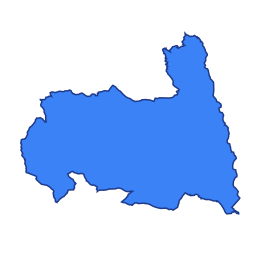 outline of Bala, Mehedinti, Romania, rotated 357°
{"feature_id": "2599482B80855070454238", "entity_name": "Bala", "entity_type": "district", "adm_level": 2, "iso_a3": "ROU", "parent_name": "Romania", "parent_adm1": "Mehedinti", "projection": "albers", "projection_center": [22.826, 44.908], "detail": "fine", "context": "isolated", "style": "filled", "palette": "blue", "viewbox_px": 256, "rotation_deg": 357, "n_neighbors": 0, "source": "geoboundaries", "source_scale": "gbopen_adm2", "svg_char_len": 5786}
<svg xmlns="http://www.w3.org/2000/svg" viewBox="0 0 256 256"><g transform="rotate(357 128 128)"><path d="M230.6,174.2L230.5,171.2L231.3,168.2L232.1,166.5L234.5,164.1L234.5,163.4L233.7,161.4L232.8,160.9L232.1,157.7L230.1,157.4L230.3,156.7L229.6,155.6L229.3,152.4L228.6,149.1L227.3,148.8L226.4,147.5L226.4,145.3L227.6,143.4L228.0,142.0L228.0,140.5L228.6,139.6L228.6,138.1L227.7,135.0L228.2,133.3L226.3,130.7L224.6,130.1L225.1,129.5L225.2,128.5L224.7,127.6L224.1,127.4L223.2,125.1L223.4,122.3L224.1,120.7L224.0,119.8L222.9,117.6L220.8,117.1L219.9,114.3L219.9,112.9L222.0,112.0L222.2,110.2L222.0,109.1L219.8,107.0L218.0,106.3L217.5,104.1L214.7,100.4L215.6,95.1L215.8,87.6L215.5,86.2L214.7,85.5L214.1,84.4L213.2,83.7L212.7,82.9L212.7,81.5L211.9,79.9L211.0,74.1L210.3,73.0L209.5,72.9L208.0,71.7L207.6,71.1L208.6,69.6L207.6,67.3L207.6,66.9L208.9,65.4L209.2,64.0L209.1,62.5L209.3,61.8L211.0,59.4L210.8,57.7L209.6,56.3L209.1,53.6L208.4,52.3L208.2,51.2L206.9,49.6L206.8,48.9L207.2,47.8L207.1,47.4L206.1,45.6L204.9,45.6L205.1,44.4L203.4,41.8L203.0,41.6L202.6,42.1L202.2,41.8L202.5,41.3L202.1,40.9L201.8,41.3L201.6,40.4L200.5,40.3L199.4,39.1L197.5,39.8L196.2,39.9L195.7,39.6L194.9,39.9L193.4,39.1L192.9,38.5L191.5,38.2L190.0,36.5L190.1,37.5L189.9,39.1L189.3,39.8L188.4,40.4L189.0,42.3L188.4,42.5L188.0,43.6L186.9,44.2L186.5,45.0L187.9,46.8L187.2,47.3L188.7,48.5L187.9,48.5L187.6,49.2L186.2,49.1L183.1,50.7L181.8,50.8L181.2,50.2L182.1,49.8L182.1,49.2L181.5,48.5L180.3,48.3L178.6,49.0L176.8,49.2L175.6,50.8L173.7,52.5L174.2,54.2L170.2,51.5L170.2,50.7L169.3,51.4L169.1,51.1L169.4,50.7L169.3,50.3L168.5,50.3L167.1,51.0L166.7,51.5L167.0,53.0L167.6,53.6L167.8,54.7L167.5,55.0L167.6,55.5L168.8,55.9L169.5,58.5L169.0,59.5L170.0,60.4L169.1,60.6L169.6,61.7L169.0,62.1L169.6,62.4L168.8,63.4L169.1,63.8L171.0,64.3L170.6,65.2L170.7,66.1L169.4,65.9L169.0,66.3L169.8,67.2L169.7,67.7L170.9,68.7L170.0,69.4L170.2,69.9L169.9,70.8L170.3,71.3L169.5,71.5L169.2,73.4L170.3,74.7L170.7,76.2L172.7,78.5L175.3,82.6L175.5,84.0L175.2,86.8L175.5,87.5L177.3,89.4L178.2,89.8L180.9,92.2L180.7,93.5L178.9,93.7L178.4,94.1L178.8,94.5L178.8,95.0L179.6,95.5L179.2,96.2L179.0,97.3L176.2,97.8L175.0,99.3L173.0,100.1L170.3,100.2L160.9,99.5L158.9,100.2L156.8,99.6L155.3,102.8L151.4,101.2L146.8,100.5L143.1,100.6L142.8,101.1L140.6,101.7L136.7,101.9L134.1,100.7L131.2,98.5L129.9,98.2L127.8,96.9L125.2,94.5L122.3,90.9L120.9,90.1L118.5,87.5L117.6,86.2L115.1,84.6L113.6,86.0L110.4,90.1L106.8,89.6L105.2,89.8L104.4,90.3L100.3,90.7L100.4,91.4L100.0,91.9L99.3,91.9L99.5,93.1L99.1,94.1L98.5,93.8L97.3,94.0L96.8,92.7L94.3,92.2L93.3,92.7L91.7,94.4L89.2,94.2L88.2,94.0L84.1,90.8L82.2,91.0L80.6,91.9L76.9,91.9L75.9,91.0L74.5,90.7L74.1,89.7L73.3,89.0L73.2,88.0L71.7,87.0L70.0,87.7L66.8,87.7L66.2,88.2L65.0,88.3L61.5,87.7L57.4,88.8L53.8,88.0L52.1,88.7L52.3,90.2L53.2,92.4L52.3,92.0L50.0,92.4L49.6,93.0L47.7,93.0L47.1,94.7L46.5,95.2L42.7,95.2L41.4,94.7L43.3,96.5L43.1,98.1L42.1,99.9L42.2,101.1L42.5,102.0L43.5,102.7L45.2,105.5L45.1,107.9L46.5,111.2L46.3,113.1L46.5,113.8L46.2,114.6L46.7,117.6L45.4,117.6L45.5,117.1L43.9,115.8L43.4,114.7L40.9,113.1L39.0,113.5L37.3,113.3L36.8,114.4L36.0,115.1L35.7,116.7L34.5,118.0L34.2,118.7L32.4,120.3L32.1,121.0L30.6,121.7L29.6,122.8L28.7,125.1L28.0,125.7L27.2,127.2L27.4,129.1L25.5,132.5L23.7,133.8L22.3,133.6L20.9,134.2L20.2,137.5L20.2,138.0L20.6,138.4L20.8,139.2L20.2,141.8L21.0,142.7L20.0,144.0L20.0,144.4L21.6,148.1L21.1,148.3L20.6,149.6L21.2,150.9L22.6,152.3L22.8,153.3L23.7,154.1L23.7,154.5L23.2,154.6L23.7,155.8L23.2,157.5L23.2,158.6L23.9,159.7L24.3,161.9L24.0,163.2L24.3,163.8L24.3,164.9L23.8,165.6L24.1,167.2L25.8,167.7L33.5,171.2L34.2,172.2L34.1,173.0L33.4,173.8L33.8,174.8L38.6,179.6L44.1,181.0L47.3,183.3L48.1,184.6L50.2,186.2L50.6,187.5L49.9,188.8L50.1,189.5L49.9,190.4L50.4,191.5L50.1,192.2L50.7,193.9L51.6,195.1L51.7,197.6L51.9,198.0L53.2,198.6L53.4,198.0L54.7,197.2L56.0,195.6L59.5,193.3L60.5,193.0L62.3,191.0L63.4,190.3L63.5,189.7L63.9,189.6L64.3,188.8L64.8,187.1L66.6,186.7L70.5,186.9L70.7,185.6L71.4,185.2L71.5,182.4L72.7,181.2L72.3,180.9L72.9,180.5L71.2,178.6L70.4,176.4L69.0,175.7L66.5,173.6L65.4,170.8L67.9,169.6L68.7,168.9L70.3,168.4L72.2,169.9L73.2,170.0L75.2,171.0L77.5,171.2L79.0,170.9L80.9,171.5L81.4,172.1L82.3,175.1L83.3,176.7L83.7,177.8L83.6,178.6L84.8,179.2L87.4,182.4L89.2,183.2L91.4,183.3L93.4,184.8L93.9,184.9L94.2,185.9L93.3,187.3L94.1,188.3L94.0,189.8L94.8,189.1L96.9,188.6L101.6,188.8L104.5,188.4L105.4,188.0L112.0,188.1L115.4,187.3L118.6,188.4L120.4,189.8L122.8,191.2L125.5,191.7L126.9,191.2L129.2,191.5L124.8,194.3L124.1,196.0L121.9,198.4L117.7,201.5L119.2,202.2L121.7,202.6L122.9,203.6L125.4,204.8L126.7,204.8L128.2,205.4L128.4,205.3L128.5,204.8L131.3,203.1L133.6,203.5L133.8,203.8L134.4,204.0L140.6,203.9L141.2,204.5L142.4,204.3L145.8,205.5L149.4,207.7L154.0,209.4L156.6,210.0L161.1,210.0L163.3,210.5L163.7,211.1L164.6,211.6L167.4,211.4L168.7,212.4L173.3,209.8L174.4,206.6L174.7,206.3L175.1,204.0L176.1,202.2L177.6,201.0L178.8,198.9L181.7,195.8L182.3,195.9L183.0,196.9L184.1,197.0L184.6,197.8L186.3,197.8L185.9,198.2L187.0,198.8L190.8,198.7L191.2,198.1L192.7,197.7L195.2,199.1L194.9,200.3L197.2,201.4L197.3,202.5L198.9,202.3L202.3,203.6L204.7,203.6L208.0,204.5L209.0,205.2L212.4,205.5L212.5,206.0L213.1,206.3L213.4,206.2L212.9,205.7L213.3,205.4L214.6,206.5L217.0,209.5L219.3,213.6L220.8,217.3L222.1,218.9L226.8,218.7L227.8,217.2L229.2,217.6L230.5,217.1L231.1,217.3L231.9,218.8L234.0,219.5L234.1,218.6L233.3,217.6L231.8,217.5L231.2,216.2L229.7,215.8L229.5,214.5L228.5,214.0L228.0,212.9L227.6,212.6L235.5,204.6L236.0,203.8L234.3,201.7L233.7,200.3L234.7,197.2L232.3,193.6L230.9,192.6L230.0,190.5L230.5,186.9L231.2,185.4L232.6,183.0L234.1,182.4L234.3,181.8L234.3,180.1L233.4,177.0L233.4,175.5L231.5,174.9L230.6,174.2Z" fill="#3b82f6" stroke="#1e3a8a" stroke-width="1.5"/></g></svg>